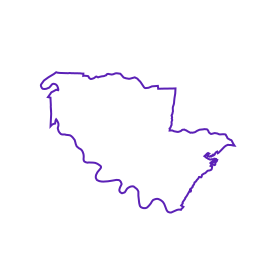 the district of Branesti, Gorj, Romania, rotated 127°
{"feature_id": "2599482B28130291705267", "entity_name": "Branesti", "entity_type": "district", "adm_level": 2, "iso_a3": "ROU", "parent_name": "Romania", "parent_adm1": "Gorj", "projection": "albers", "projection_center": [23.464, 44.658], "detail": "fine", "context": "isolated", "style": "outline", "palette": "violet", "viewbox_px": 256, "rotation_deg": 127, "n_neighbors": 0, "source": "geoboundaries", "source_scale": "gbopen_adm2", "svg_char_len": 5668}
<svg xmlns="http://www.w3.org/2000/svg" viewBox="0 0 256 256"><g transform="rotate(127 128 128)"><path d="M126.7,218.9L129.5,219.7L135.2,222.0L140.3,223.6L141.0,223.7L145.4,223.6L145.9,223.5L146.3,223.3L147.0,222.6L147.7,221.3L148.0,220.3L148.0,219.8L147.9,219.5L147.0,218.0L145.8,216.8L143.1,215.2L140.6,215.0L139.1,215.0L138.1,214.6L137.6,214.2L137.1,213.3L136.7,212.2L136.7,211.2L136.9,210.1L137.5,209.0L138.0,208.2L138.9,207.1L139.5,206.6L139.8,206.5L140.3,207.5L140.1,207.7L140.7,208.4L143.7,209.7L145.4,210.6L146.1,210.7L147.1,210.6L151.5,210.5L150.4,208.2L156.4,203.2L157.1,202.8L159.5,200.7L159.5,200.8L162.9,197.9L173.2,190.9L171.0,190.7L170.8,190.5L170.0,190.2L169.4,189.8L168.3,188.9L167.5,189.4L166.6,189.8L165.7,190.3L165.1,190.5L164.3,190.6L164.5,189.8L165.6,187.4L166.1,186.6L166.5,186.1L167.5,185.3L168.4,184.8L170.0,184.2L170.7,183.7L172.1,181.8L172.5,181.1L172.8,180.2L173.1,178.8L173.2,178.1L173.0,177.2L172.6,176.4L171.1,174.4L170.8,173.5L169.2,170.8L168.7,169.7L168.6,168.4L168.8,166.5L169.7,163.3L171.0,161.6L172.3,160.0L173.5,158.0L173.6,157.1L173.7,154.8L173.4,153.1L173.6,151.6L173.7,151.1L174.5,149.5L175.6,147.9L176.6,146.9L177.7,146.0L179.7,144.7L180.7,143.6L181.0,142.7L181.0,142.4L180.7,140.9L180.0,139.4L179.2,138.7L176.5,134.8L175.6,133.2L175.1,131.4L174.9,130.0L174.8,127.2L175.0,126.5L175.6,125.9L176.7,125.6L181.7,125.8L184.5,125.3L185.9,124.7L187.2,123.7L188.1,121.9L188.2,121.6L188.1,120.8L187.7,119.0L186.7,117.0L185.7,115.5L182.6,111.9L179.3,108.7L176.4,106.0L175.1,104.0L175.0,103.5L175.0,102.6L175.1,102.1L175.3,101.4L176.2,99.9L176.6,99.4L177.1,99.2L179.8,98.7L180.9,98.4L182.4,97.8L183.0,97.4L183.4,96.9L183.7,96.4L183.9,95.8L183.9,95.2L183.9,94.1L183.8,93.7L183.7,93.5L182.2,92.4L181.3,91.9L180.4,91.9L177.6,92.2L176.5,92.1L175.2,91.7L173.6,90.9L172.8,90.3L171.8,89.2L171.5,88.7L171.3,88.2L171.4,84.4L171.5,83.7L172.2,82.0L172.6,81.4L175.9,78.9L181.2,73.9L182.6,72.2L183.1,71.5L183.4,70.3L183.4,69.9L183.2,68.9L182.8,67.7L182.1,66.6L181.6,66.0L181.2,65.6L180.2,65.0L179.5,64.8L177.2,64.5L174.5,64.4L172.2,64.7L170.4,64.6L170.0,64.4L168.4,63.4L167.5,62.6L166.9,61.9L166.5,61.1L166.1,59.6L165.9,57.8L166.0,55.9L166.3,54.8L167.0,53.1L168.8,50.2L170.2,48.0L170.5,47.3L170.9,46.0L170.8,45.2L170.4,44.0L170.0,43.3L169.4,42.6L165.6,40.5L164.0,39.6L162.8,38.6L161.8,37.2L161.6,36.8L161.5,36.5L160.6,36.6L158.5,36.3L157.6,36.3L157.9,38.9L155.3,38.9L155.0,39.1L154.6,39.6L153.7,39.7L150.1,39.8L149.8,39.9L149.5,40.2L146.9,40.2L141.6,40.9L141.4,40.5L141.5,40.3L141.5,40.1L141.2,40.0L140.9,39.7L140.5,39.8L140.2,39.9L139.8,40.2L139.8,40.4L140.1,40.8L140.0,41.3L139.8,41.5L139.1,41.5L138.9,41.2L137.9,41.2L137.0,40.9L136.0,40.9L135.9,41.0L135.9,41.3L135.7,41.4L135.1,41.3L134.2,41.5L133.6,41.3L132.3,41.7L131.5,42.1L129.9,41.6L129.6,41.7L129.1,41.6L128.6,41.7L127.9,41.7L126.3,41.5L125.1,41.6L124.4,41.8L124.0,41.4L123.5,40.0L123.2,39.8L122.0,40.1L121.2,40.6L120.6,40.6L118.5,39.8L118.0,39.4L117.2,39.1L114.4,38.7L113.9,38.4L112.9,37.4L111.9,36.7L111.1,36.4L110.6,36.4L109.3,36.9L108.3,37.5L108.4,37.8L108.6,39.2L107.1,39.0L106.3,38.3L106.0,37.8L105.7,36.8L105.5,36.5L105.1,36.3L104.7,36.3L104.4,36.7L103.1,37.2L102.4,37.3L101.1,37.1L99.8,37.5L99.9,37.8L102.0,38.3L103.0,38.7L103.2,38.9L106.1,39.8L105.6,40.4L106.6,40.8L106.5,41.1L106.3,41.2L103.2,40.3L102.3,39.9L100.5,39.5L100.0,39.5L100.6,40.7L101.4,40.9L101.8,41.2L102.3,42.1L103.4,43.0L103.9,43.6L104.3,45.4L104.4,45.9L104.3,46.4L104.6,47.4L104.5,48.9L104.5,50.0L102.4,49.6L101.0,49.5L99.8,49.0L99.8,48.6L99.6,47.8L102.1,48.2L102.3,48.1L102.5,47.5L102.5,47.4L102.2,47.0L101.8,46.2L101.8,45.6L101.4,45.2L100.3,45.0L99.9,44.7L100.0,44.6L100.6,44.7L100.6,44.3L99.6,43.9L99.0,43.7L98.5,44.0L98.2,44.0L98.2,43.6L97.9,43.5L98.1,43.1L97.1,42.8L95.8,43.1L94.8,43.2L93.2,42.6L94.1,41.1L93.3,40.8L90.1,40.3L85.2,39.7L83.3,39.2L82.6,38.8L81.6,38.3L81.2,38.0L80.9,37.3L79.5,35.3L78.7,33.5L78.0,32.3L77.2,34.5L75.7,37.6L75.6,38.0L75.6,38.4L76.0,39.7L76.3,42.2L76.1,42.7L75.3,44.1L75.0,45.2L74.5,45.9L74.5,46.2L74.8,46.9L75.8,48.4L77.8,50.7L78.3,51.8L78.6,53.3L79.8,55.6L80.2,56.0L81.4,56.9L82.5,57.8L82.8,58.2L82.9,58.6L82.9,60.3L82.8,60.8L82.1,61.9L81.6,63.3L81.5,63.7L81.7,64.4L83.0,66.4L83.8,67.1L86.3,69.8L87.0,70.2L88.1,70.8L88.6,71.1L90.8,71.9L91.3,72.2L92.9,73.6L93.5,74.6L94.3,75.4L94.3,75.9L94.5,76.8L94.7,78.0L94.8,79.4L94.9,80.3L95.2,80.9L95.3,82.0L95.5,82.2L96.6,83.4L97.2,83.7L98.1,83.8L99.0,84.2L100.6,85.3L101.1,85.8L101.6,86.6L102.9,89.3L103.3,91.1L104.1,92.2L105.0,93.2L104.1,93.7L103.8,93.9L103.4,94.5L102.3,94.3L100.3,94.9L99.5,95.0L98.2,95.8L97.5,96.5L96.9,96.9L95.0,97.5L94.5,98.1L94.2,98.7L93.2,99.0L92.5,99.8L92.1,100.0L92.0,100.5L91.7,100.8L89.8,101.1L89.5,101.4L87.7,102.1L85.3,104.1L84.4,104.7L83.6,105.0L81.5,105.7L80.3,106.3L78.6,107.4L76.1,108.9L72.1,111.0L67.8,113.9L69.6,116.1L75.0,123.1L78.5,127.5L76.4,129.5L80.3,133.9L83.5,135.8L85.5,137.9L85.8,138.5L85.9,138.9L85.8,139.8L84.0,144.9L83.6,146.2L83.5,146.8L83.4,148.0L83.0,149.9L83.0,150.6L83.5,153.1L87.2,155.9L88.1,156.8L89.5,159.5L90.1,161.2L90.3,161.9L90.1,162.9L89.6,165.0L89.3,166.8L90.8,169.5L91.5,170.5L92.5,171.3L93.9,172.1L95.1,173.2L95.9,174.7L96.7,176.4L97.0,176.7L97.5,177.1L98.2,177.3L98.9,177.1L99.4,177.5L100.8,178.3L101.4,178.8L102.4,179.9L103.8,181.1L104.9,182.0L105.1,182.1L105.4,182.2L105.7,182.7L105.8,183.1L105.8,183.7L105.8,184.0L106.1,184.4L106.8,184.7L108.1,185.0L108.8,185.3L110.2,186.2L111.2,187.1L111.4,187.7L111.4,188.8L111.3,189.2L111.3,189.6L110.7,190.4L110.6,191.0L111.0,191.9L112.7,194.6L113.3,195.1L111.4,196.4L112.3,197.6L113.2,199.2L118.3,206.2L119.2,207.7L120.2,208.7L121.7,210.8L125.0,215.5L126.2,217.5L126.7,218.9Z" fill="none" stroke="#5b21b6" stroke-width="2"/></g></svg>